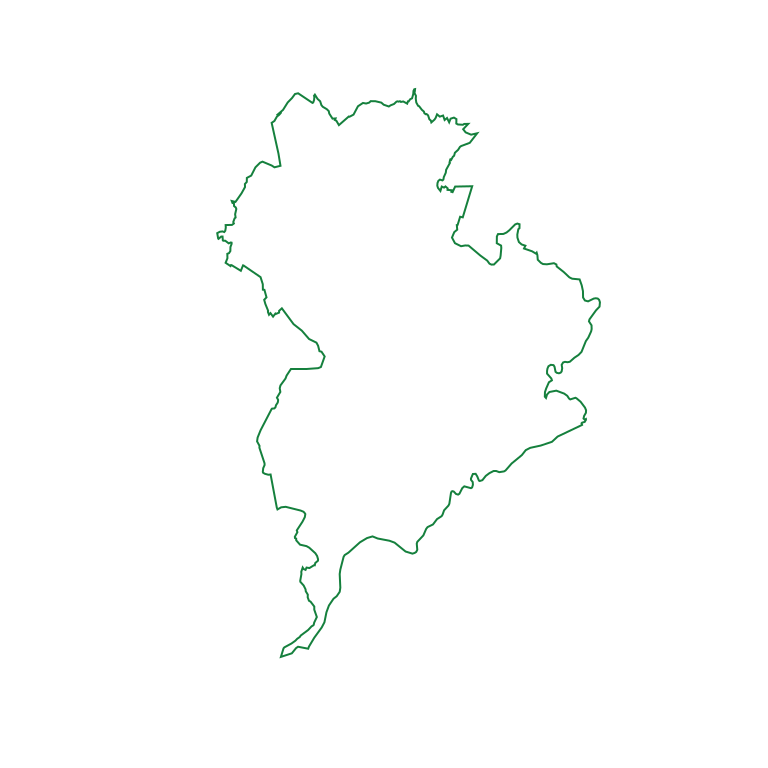 outline of Ixmatlahuacan, Veracruz, Mexico, rotated 197°
{"feature_id": "50627088B11055849709035", "entity_name": "Ixmatlahuacan", "entity_type": "district", "adm_level": 2, "iso_a3": "MEX", "parent_name": "Mexico", "parent_adm1": "Veracruz", "projection": "equal_earth", "projection_center": [-95.886, 18.498], "detail": "fine", "context": "isolated", "style": "outline", "palette": "green", "viewbox_px": 768, "rotation_deg": 197, "n_neighbors": 0, "source": "geoboundaries", "source_scale": "gbopen_adm2", "svg_char_len": 6163}
<svg xmlns="http://www.w3.org/2000/svg" viewBox="0 0 768 768"><g transform="rotate(197 384 384)"><path d="M402.8,92.9L393.4,99.5L390.9,105.7L389.4,107.6L379.1,108.7L379.0,110.9L376.5,121.0L372.4,132.9L371.3,138.7L372.3,148.9L371.9,156.1L369.5,163.9L367.2,167.2L365.6,172.3L366.2,176.4L370.8,189.3L371.5,193.7L372.1,206.9L371.6,208.9L368.7,212.3L360.7,225.6L355.2,231.7L350.4,234.9L344.9,234.4L333.0,235.7L327.5,235.4L314.4,230.1L307.2,230.1L305.3,231.4L304.1,232.8L303.7,235.2L306.0,240.9L306.0,242.8L302.1,250.7L301.3,257.8L300.5,259.9L296.1,264.0L293.8,270.3L290.3,274.4L289.8,276.2L289.6,280.8L286.8,286.6L286.5,288.6L288.1,299.4L287.9,301.0L287.0,301.6L285.7,301.5L283.0,299.9L280.8,299.9L279.8,301.1L278.7,307.3L277.3,309.6L270.4,309.8L269.5,310.8L269.5,313.6L270.5,316.2L272.8,317.8L273.2,319.0L272.7,323.9L270.1,324.9L267.8,322.9L265.0,319.4L264.1,319.2L261.8,320.8L259.8,325.9L257.1,329.6L253.8,332.8L251.3,333.6L248.0,333.4L243.7,335.5L242.5,336.8L238.7,345.3L231.4,356.3L229.1,362.2L225.5,365.7L216.2,370.9L206.5,377.8L202.6,384.5L182.6,402.8L183.6,404.2L183.2,405.0L181.0,406.4L180.4,408.8L180.7,409.5L181.6,408.6L183.1,409.3L183.3,412.0L182.5,415.5L183.1,418.0L184.9,420.2L190.8,424.5L195.7,426.6L196.9,426.8L201.4,423.7L202.8,424.2L205.3,426.3L208.9,427.5L217.3,428.0L223.5,424.7L225.0,421.6L225.0,418.0L226.5,418.9L227.7,423.3L227.6,427.1L226.8,433.9L224.5,436.6L225.6,438.2L231.1,441.6L231.9,444.2L232.2,446.6L231.9,449.1L230.1,451.1L227.4,451.6L226.0,450.4L223.5,445.8L222.0,445.2L219.8,445.4L218.4,446.5L217.8,447.9L218.2,451.2L219.7,454.3L219.0,457.0L217.4,458.1L214.8,458.5L212.8,459.6L209.6,464.8L206.5,468.6L204.5,472.5L203.5,484.1L202.2,488.0L201.3,494.9L201.5,497.3L202.7,500.8L206.3,503.8L206.4,505.9L202.8,516.4L200.5,521.0L201.4,525.3L202.9,527.4L204.6,528.2L206.6,527.9L208.4,527.0L213.0,522.7L216.3,522.6L218.9,524.9L220.9,531.0L223.8,536.2L227.5,541.2L234.9,539.7L237.9,540.2L245.0,543.7L253.2,546.9L254.1,548.7L256.8,549.2L263.2,546.1L267.0,545.2L269.3,545.7L273.3,547.8L275.0,552.1L276.4,554.2L276.8,553.1L281.2,554.2L289.7,554.5L289.2,557.6L293.2,557.7L296.5,559.2L299.2,563.0L300.2,565.9L300.8,571.3L300.0,572.6L301.1,576.4L303.4,576.4L305.2,575.0L309.2,567.5L311.1,564.7L313.7,562.4L318.8,560.7L319.2,558.1L317.3,551.6L312.5,550.6L311.6,548.4L310.0,540.8L309.7,538.1L313.8,530.4L316.2,529.6L318.3,529.9L321.4,532.2L329.4,535.0L343.6,541.1L346.9,540.2L350.6,538.3L357.3,539.4L361.8,543.9L361.2,549.8L359.1,553.0L360.8,557.2L360.2,557.4L360.1,558.5L360.1,566.2L357.4,566.4L357.5,598.9L373.7,593.6L374.5,587.5L375.8,587.5L375.8,589.1L380.0,588.2L380.3,589.7L383.0,590.9L384.0,589.4L386.5,589.7L386.5,585.1L389.7,587.3L391.0,589.2L391.6,591.9L391.4,594.2L390.3,595.8L387.6,595.8L387.0,596.9L387.3,599.4L386.7,604.1L387.2,607.0L385.6,614.7L386.1,615.0L386.3,617.5L386.2,618.2L385.3,617.9L384.6,621.4L383.7,622.8L383.8,625.9L381.6,629.6L380.7,632.9L379.8,634.1L372.5,639.7L368.2,651.0L373.6,647.9L379.5,648.5L382.8,650.8L379.5,657.4L383.4,656.1L384.3,655.0L389.2,653.8L391.0,654.2L392.2,658.5L395.0,659.2L397.9,657.2L398.2,653.3L401.5,656.8L403.2,654.2L406.0,658.0L408.8,656.0L412.1,657.4L412.4,653.6L413.0,651.6L415.2,648.0L416.2,649.6L418.0,650.4L420.4,653.8L422.2,654.6L422.9,654.2L424.5,654.7L425.5,656.2L428.0,657.3L431.6,659.9L432.7,660.0L435.4,662.6L437.0,666.0L437.7,668.9L440.3,671.6L440.0,672.3L440.5,675.1L441.2,674.7L441.5,672.9L440.8,669.8L440.7,665.4L442.2,664.0L443.1,661.4L443.8,661.2L443.8,658.9L448.2,659.8L450.3,658.7L451.4,659.1L452.5,658.3L453.6,658.3L454.6,657.7L456.3,654.7L459.2,652.4L460.5,650.8L466.0,651.0L468.8,652.3L474.9,651.9L479.4,650.6L480.5,648.7L483.1,647.0L486.3,646.6L490.1,642.0L491.9,632.7L495.1,629.5L495.9,629.5L502.8,618.4L506.5,621.8L508.2,622.1L508.0,623.8L510.8,622.7L515.4,626.6L516.6,628.8L519.1,630.1L523.6,631.2L525.4,632.4L527.7,635.7L530.9,637.2L534.7,640.5L535.2,639.1L534.6,638.4L533.9,635.3L534.0,632.5L534.6,631.9L551.1,636.9L553.9,635.3L555.6,630.5L558.4,625.1L560.7,616.6L564.6,610.4L564.1,610.2L562.2,613.5L561.9,613.2L562.9,610.9L564.6,608.4L565.7,603.5L567.8,600.9L552.3,573.5L546.8,562.4L552.1,559.2L555.3,560.1L565.2,561.1L567.2,559.4L570.3,553.6L571.9,544.5L575.4,541.0L574.3,537.1L575.5,534.6L574.5,531.7L576.0,524.7L578.3,517.6L579.3,514.7L583.1,514.5L581.8,512.8L580.4,513.0L579.4,510.3L577.4,509.5L576.4,508.2L576.0,502.8L574.6,499.8L575.3,498.7L575.5,494.8L574.5,493.6L575.9,491.7L581.9,489.7L581.0,487.2L580.6,484.1L581.2,482.6L583.0,482.7L585.5,481.6L587.6,479.5L585.1,474.6L584.7,474.4L582.8,477.4L581.5,477.8L580.1,474.2L579.6,474.0L577.7,474.6L573.6,473.1L572.0,474.5L571.1,474.6L570.7,473.5L570.9,470.1L569.8,466.2L570.5,463.8L571.9,462.7L570.5,458.5L570.9,453.6L565.3,451.9L565.2,452.9L564.5,453.1L554.0,450.4L553.4,457.2L553.4,456.4L533.3,450.1L529.1,444.0L527.4,438.8L525.9,439.1L521.7,432.5L523.2,429.5L520.9,425.9L516.2,420.1L516.1,419.0L514.2,416.6L513.3,418.6L509.8,416.0L508.5,419.5L508.1,419.2L505.2,421.6L505.7,423.3L503.8,426.5L488.0,414.8L478.2,411.0L468.8,405.1L460.7,403.8L458.2,401.3L455.3,396.5L453.2,396.6L448.8,393.0L449.3,381.8L451.6,379.9L462.2,375.8L477.4,371.1L479.6,363.6L479.8,360.4L482.6,352.4L482.5,349.5L480.8,346.1L482.4,339.6L480.7,338.0L480.4,337.0L480.2,335.2L481.1,332.1L481.0,330.0L481.7,328.6L483.9,327.7L484.2,327.0L488.5,303.7L489.2,295.8L488.6,292.0L485.0,288.5L484.5,286.6L475.1,273.3L474.5,271.6L474.9,268.2L474.2,264.5L473.7,263.8L471.7,263.3L468.1,263.4L466.0,264.3L450.4,234.5L449.2,232.9L446.3,236.0L442.1,237.8L426.7,238.6L423.6,238.3L422.0,237.3L421.2,236.6L420.8,233.5L421.7,228.5L424.6,218.5L423.5,217.0L424.6,211.8L424.0,210.6L422.8,210.5L422.2,208.8L417.3,205.8L410.7,206.3L407.6,205.6L400.2,202.1L397.7,200.0L395.8,197.1L395.5,195.7L397.4,192.7L397.2,190.4L397.9,190.3L401.5,186.2L404.4,185.8L404.7,183.3L406.7,183.5L408.1,184.7L408.2,180.2L407.4,178.1L406.6,171.4L406.2,170.4L401.9,167.8L399.0,164.7L398.2,162.9L395.3,160.3L394.6,157.7L392.4,154.8L390.6,154.4L385.6,150.8L384.7,147.8L380.1,141.5L381.0,135.4L380.8,133.1L381.4,132.1L382.4,131.1L384.6,126.6L390.1,119.1L390.6,117.4L392.5,115.0L393.7,112.6L396.6,108.8L402.3,103.0L402.8,101.8L402.8,92.9Z" fill="none" stroke="#15803d" stroke-width="2"/></g></svg>